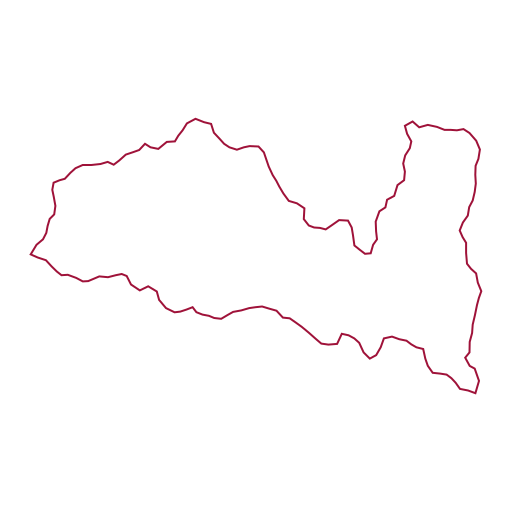 outline of Faria Lemos, Minas Gerais, Brazil
{"feature_id": "56859067B53292511208538", "entity_name": "Faria Lemos", "entity_type": "district", "adm_level": 2, "iso_a3": "BRA", "parent_name": "Brazil", "parent_adm1": "Minas Gerais", "projection": "equal_earth", "projection_center": [-42.029, -20.786], "detail": "fine", "context": "isolated", "style": "outline", "palette": "rose", "viewbox_px": 512, "rotation_deg": 0, "n_neighbors": 0, "source": "geoboundaries", "source_scale": "gbopen_adm2", "svg_char_len": 2463}
<svg xmlns="http://www.w3.org/2000/svg" viewBox="0 0 512 512"><path d="M404.9,125.8L407.1,133.8L411.3,141.4L409.8,148.2L405.2,155.4L403.2,163.5L404.9,171.6L404.1,180.2L397.5,185.1L394.2,195.9L387.1,199.7L385.4,207.4L379.4,211.3L375.7,221.6L376.1,231.4L377.0,239.3L373.1,244.8L370.7,253.3L365.0,253.8L360.3,250.2L354.4,245.5L353.0,235.3L351.7,227.5L348.0,220.6L339.1,220.1L331.4,225.5L325.7,229.4L319.9,227.9L314.1,227.5L308.8,225.5L303.8,219.1L304.4,208.3L296.9,203.3L288.8,200.9L283.4,193.5L279.3,186.6L276.3,180.8L272.7,175.1L268.7,166.5L266.1,158.9L263.9,152.4L258.5,146.5L249.6,146.1L243.9,147.3L236.9,149.7L229.4,147.3L224.1,143.8L219.7,138.9L213.9,132.7L211.1,123.9L204.1,122.2L195.5,118.8L186.9,123.4L182.6,130.3L178.3,135.7L174.9,141.4L166.8,141.9L158.3,148.9L150.5,147.3L145.0,143.8L139.2,150.0L133.0,152.2L125.8,154.6L119.2,160.5L113.7,164.7L107.7,161.9L100.5,164.0L91.3,165.0L82.7,165.0L75.5,168.2L70.4,172.8L64.8,178.8L59.7,180.2L53.6,182.7L52.3,189.8L53.8,197.0L55.4,205.9L54.2,214.4L49.7,218.9L47.6,226.0L46.3,232.9L43.0,239.3L36.5,244.8L30.7,254.4L37.7,257.5L45.9,260.2L51.6,266.4L56.8,271.5L61.5,275.2L67.8,274.8L76.2,277.9L82.8,281.4L88.2,281.1L93.9,278.7L99.3,276.4L108.0,277.2L115.8,275.2L121.7,274.0L126.7,276.0L131.0,284.5L139.8,290.4L148.2,286.3L156.8,291.5L159.1,299.9L166.0,308.1L174.6,312.3L180.3,311.6L186.4,309.6L192.6,307.2L196.4,312.2L202.5,314.6L208.9,315.8L214.2,318.0L221.2,318.8L227.6,315.0L233.1,311.9L241.3,310.4L249.2,308.1L255.5,307.2L262.1,306.5L269.4,308.7L276.5,310.7L282.9,317.6L289.7,318.3L296.0,322.7L301.8,326.9L308.8,332.7L315.8,338.9L321.3,343.6L328.4,344.6L337.1,343.9L341.8,333.8L348.6,335.3L354.3,338.4L359.2,342.8L363.6,352.4L369.8,358.6L376.2,355.1L380.7,347.3L383.9,338.4L392.0,336.6L399.2,339.2L406.5,340.7L411.2,344.3L416.4,347.3L423.2,349.0L425.3,358.6L427.8,365.8L432.7,372.8L440.2,373.6L446.6,374.6L451.4,378.2L455.6,382.7L460.0,388.9L468.1,390.5L475.4,393.2L479.0,380.9L474.7,368.6L469.7,365.9L465.2,357.7L469.5,352.4L469.7,341.9L472.1,333.0L472.7,324.6L474.9,315.3L477.0,305.0L478.9,297.9L481.3,291.2L477.8,282.6L476.1,273.4L471.0,268.8L467.0,263.7L466.1,253.0L466.1,242.8L462.6,237.1L459.7,230.5L462.9,222.5L467.8,215.6L469.2,207.1L472.7,200.5L474.7,192.0L475.8,183.6L475.3,174.8L475.6,165.8L478.4,158.9L479.9,149.5L476.2,140.7L469.5,133.0L463.5,129.1L456.9,130.3L451.1,129.9L444.6,129.9L437.0,126.9L427.8,124.9L419.2,127.3L412.6,121.5L404.9,125.8Z" fill="none" stroke="#9f1239" stroke-width="2"/></svg>